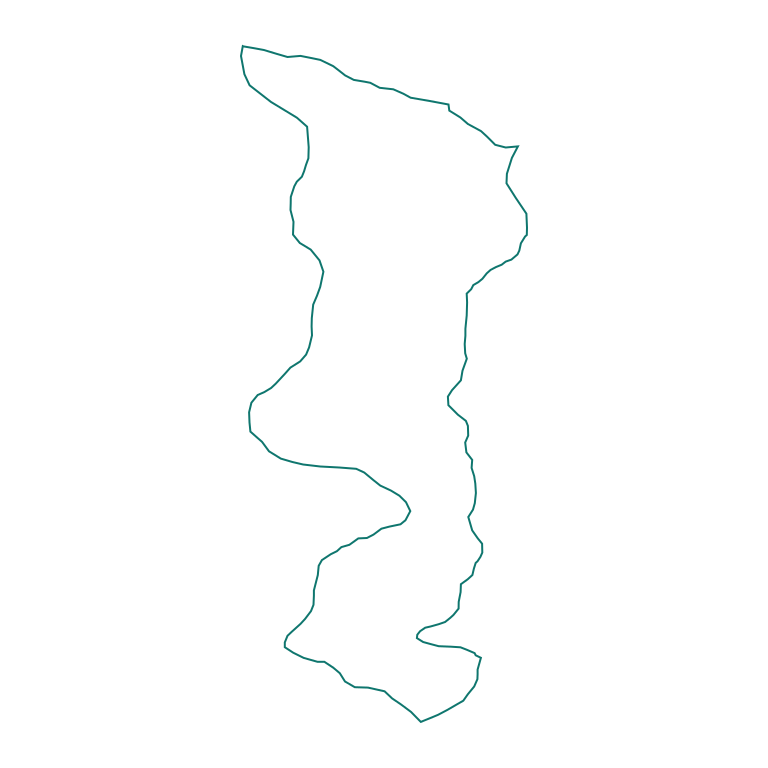 Shamakhi District, Şamaxı, Azerbaijan (Equal Earth projection)
{"feature_id": "54616110B16651088424667", "entity_name": "Shamakhi District", "entity_type": "district", "adm_level": 2, "iso_a3": "AZE", "parent_name": "Azerbaijan", "parent_adm1": "Şamaxı", "projection": "equal_earth", "projection_center": [48.652, 40.629], "detail": "fine", "context": "isolated", "style": "outline", "palette": "teal", "viewbox_px": 768, "rotation_deg": 0, "n_neighbors": 0, "source": "geoboundaries", "source_scale": "gbopen_adm2", "svg_char_len": 2697}
<svg xmlns="http://www.w3.org/2000/svg" viewBox="0 0 768 768"><path d="M448.5,104.5L429.7,101.0L410.6,97.7L403.3,93.7L393.3,89.3L379.7,87.8L370.3,82.8L364.6,81.7L353.8,79.9L345.1,75.4L342.6,73.4L333.3,66.2L320.3,59.9L312.1,58.2L300.5,55.9L287.5,57.0L276.5,53.8L263.9,50.0L254.1,48.2L243.5,46.4L242.8,46.1L241.0,56.0L244.4,74.2L249.6,85.3L270.9,101.9L296.9,117.7L307.1,126.7L308.7,147.2L308.4,158.3L306.0,164.9L304.1,171.2L301.9,176.7L296.8,181.7L294.3,186.3L290.8,196.9L290.7,203.3L290.5,210.0L293.5,221.8L293.0,234.6L299.8,243.0L310.7,249.6L319.5,260.4L323.4,271.7L320.2,286.9L317.0,295.7L313.2,304.6L311.8,318.1L311.6,326.5L312.0,335.4L309.1,347.4L306.1,354.6L300.2,361.4L290.4,367.6L285.0,373.7L275.7,383.7L271.1,388.0L264.3,392.1L257.7,395.0L251.4,402.7L249.1,412.3L249.5,422.5L250.4,431.6L257.5,437.9L262.0,441.8L269.0,451.3L280.8,458.6L292.4,462.0L303.1,464.5L320.3,466.5L339.2,467.5L356.2,468.8L364.2,472.5L373.5,480.2L380.3,485.6L391.0,490.6L399.4,495.7L406.0,502.2L410.3,511.1L405.5,520.2L400.5,524.3L389.4,526.6L381.4,528.7L373.5,534.6L366.9,538.0L358.3,538.4L349.4,544.8L341.4,547.1L336.9,551.2L330.8,554.2L321.9,560.1L318.7,565.8L317.8,575.1L313.9,590.4L313.9,595.6L313.5,604.8L311.0,611.1L305.1,618.9L300.5,623.9L291.6,631.9L287.5,635.8L284.8,642.4L284.8,647.2L287.1,648.7L293.2,652.7L303.7,657.9L317.5,661.8L324.4,661.8L333.4,667.8L339.8,673.2L345.0,681.5L354.8,687.2L368.0,687.6L384.6,691.3L392.1,698.4L400.8,704.3L411.0,711.9L420.8,721.9L432.6,717.1L438.1,714.8L447.2,710.0L456.7,704.5L463.3,700.7L467.8,694.3L474.2,686.5L477.4,679.2L477.6,674.1L477.6,669.6L480.9,657.8L475.7,655.3L474.6,653.1L466.9,649.8L460.5,647.3L451.1,646.7L438.7,646.2L430.0,643.9L423.1,642.0L416.9,638.1L417.3,634.7L420.1,631.2L425.2,627.7L430.5,626.5L438.7,624.2L445.1,622.0L450.2,617.9L453.4,615.0L458.6,608.6L458.7,601.9L460.6,592.1L460.9,584.2L467.8,579.2L472.4,575.0L473.9,568.6L475.7,562.9L477.5,561.3L480.4,556.9L482.3,552.6L482.1,543.7L477.8,538.4L472.2,530.4L468.3,517.0L473.0,509.6L474.8,503.2L475.9,493.0L475.3,483.5L474.2,476.2L471.6,467.9L472.2,459.9L466.4,452.4L465.2,442.5L468.2,435.6L467.9,425.9L465.9,420.9L457.9,414.7L448.4,405.2L447.9,396.6L452.0,390.2L460.9,380.3L462.5,370.7L466.8,358.7L465.2,353.3L464.7,344.0L465.4,335.8L465.4,328.8L466.7,315.6L467.1,302.4L466.7,293.6L471.2,289.2L473.3,285.1L478.4,282.1L482.4,278.8L486.7,273.4L490.6,269.9L495.9,267.1L501.7,264.7L505.7,261.6L511.4,259.6L517.5,254.4L519.3,250.6L520.9,243.3L525.1,236.5L526.8,235.0L527.0,227.7L526.4,213.7L515.7,197.8L506.5,183.3L506.9,173.8L511.9,157.9L517.9,146.4L505.7,147.5L495.2,144.8L487.0,136.6L481.0,131.1L467.9,124.0L460.4,117.5L449.3,110.6L448.5,104.5Z" fill="none" stroke="#0f766e" stroke-width="2"/></svg>